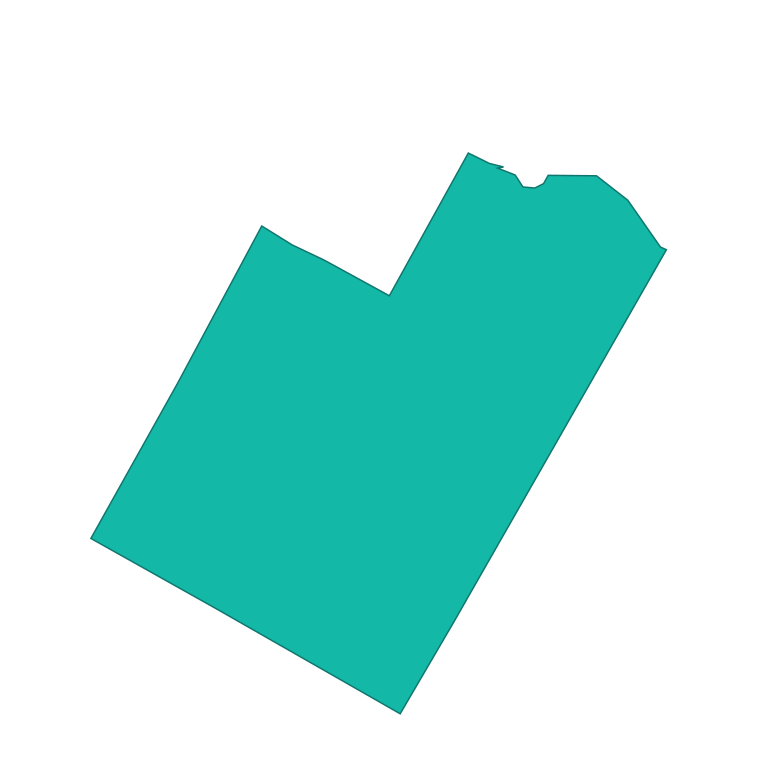 outline of Montgomery, Missouri, United States of America, rotated 208°
{"feature_id": "52423323B31191129139810", "entity_name": "Montgomery", "entity_type": "district", "adm_level": 2, "iso_a3": "USA", "parent_name": "United States of America", "parent_adm1": "Missouri", "projection": "natural_earth1", "projection_center": [-91.47, 38.912], "detail": "fine", "context": "isolated", "style": "filled", "palette": "teal", "viewbox_px": 768, "rotation_deg": 208, "n_neighbors": 0, "source": "geoboundaries", "source_scale": "gbopen_adm2", "svg_char_len": 447}
<svg xmlns="http://www.w3.org/2000/svg" viewBox="0 0 768 768"><g transform="rotate(208 384 384)"><path d="M210.6,207.2L197.7,635.1L204.2,634.7L255.0,660.7L294.1,667.6L337.0,645.3L337.2,635.8L342.9,627.8L353.9,623.2L366.2,630.1L385.1,627.9L380.4,631.7L394.7,628.2L418.0,627.5L420.7,464.4L494.8,465.3L530.5,463.7L566.1,466.1L566.6,286.9L570.3,110.0L427.1,106.8L214.9,100.4L210.6,207.2Z" fill="#14b8a6" stroke="#0f766e" stroke-width="1.5"/></g></svg>